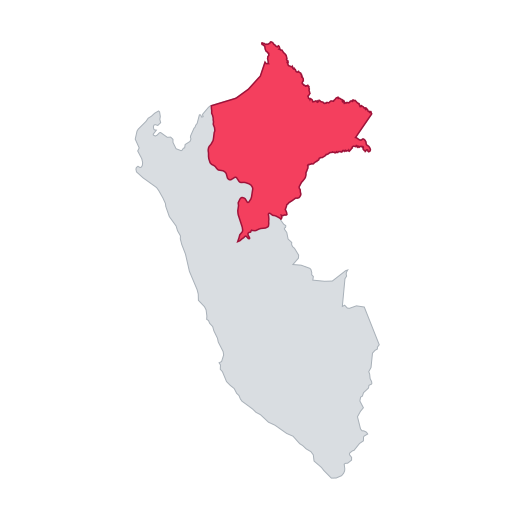 Loreto on a map of Peru (Robinson projection), rotated 5°
{"feature_id": "PER-585", "entity_name": "Loreto", "entity_type": "Department", "adm_level": 1, "iso_a3": "PER", "parent_name": "Peru", "parent_adm1": "", "projection": "robinson", "projection_center": [-73.566, -4.337], "detail": "fine", "context": "in_parent", "style": "filled", "palette": "rose", "viewbox_px": 512, "rotation_deg": 5, "n_neighbors": 0, "source": "natural_earth", "source_scale": "10m", "svg_char_len": 9551}
<svg xmlns="http://www.w3.org/2000/svg" viewBox="0 0 512 512"><g transform="rotate(5 256 256)"><path d="M360.7,139.9L360.5,141.4L358.9,142.2L357.3,141.1L355.0,141.4L351.6,137.9L343.4,138.4L339.8,142.6L334.4,143.5L328.5,145.4L321.8,146.2L311.3,152.8L308.9,155.5L304.1,159.4L300.2,160.7L298.3,172.7L294.5,179.7L293.0,183.6L295.1,189.3L295.0,192.2L292.9,194.5L291.2,194.7L287.6,197.2L282.2,202.5L281.3,206.6L283.0,212.0L282.4,212.6L278.0,213.6L278.1,216.6L277.2,217.8L280.9,222.0L283.0,223.1L283.1,224.2L282.8,225.2L281.9,225.7L281.9,226.7L284.6,229.9L286.5,236.3L290.4,239.4L290.5,241.5L291.6,243.5L293.7,245.0L298.4,251.4L298.5,254.4L293.5,261.3L301.7,261.2L310.7,263.6L311.9,264.7L313.0,267.7L313.1,269.8L314.9,271.4L314.7,275.1L326.6,275.2L334.2,274.3L346.6,262.8L348.6,261.9L347.5,264.3L347.4,266.2L348.0,268.1L346.6,270.9L346.4,298.7L348.6,297.3L351.5,299.9L353.6,300.0L360.4,296.9L368.3,297.4L386.5,333.7L384.9,336.2L385.0,338.1L382.8,339.6L380.5,342.6L380.3,357.0L378.4,361.4L379.5,363.7L380.4,368.3L382.1,371.0L382.5,372.8L382.3,373.5L379.8,375.0L379.6,377.7L375.0,382.8L374.2,386.3L372.5,387.5L372.1,391.4L376.2,397.8L373.6,401.6L371.1,407.3L375.2,419.2L376.9,420.9L378.7,420.8L381.4,421.9L382.8,423.6L379.5,425.9L378.9,426.9L379.1,430.8L375.5,433.7L370.5,441.2L369.2,441.6L366.7,443.9L366.3,445.0L366.7,446.1L368.8,448.3L369.0,451.0L365.4,454.4L363.0,454.8L362.0,455.7L363.0,460.3L363.0,462.4L362.2,464.8L360.4,467.4L355.2,470.2L350.4,470.7L342.3,463.8L339.7,461.0L331.7,455.2L330.4,449.1L327.7,446.1L322.8,443.8L318.9,440.7L315.9,439.2L308.6,432.3L302.0,430.1L289.6,422.9L282.9,420.5L274.3,413.7L269.7,411.8L265.9,408.7L254.7,401.9L252.9,399.8L251.2,396.5L248.7,394.5L245.8,389.9L241.7,387.2L237.6,383.7L232.6,374.1L230.3,372.0L230.1,367.6L228.5,365.6L230.9,364.2L232.4,357.5L231.6,354.1L225.9,345.0L224.8,341.3L220.6,334.3L219.0,330.1L215.7,327.1L214.3,324.4L212.4,323.4L212.3,320.1L211.0,314.1L209.1,311.0L202.5,305.2L201.8,299.0L200.3,294.7L191.0,277.1L185.6,260.3L181.0,250.9L179.1,245.5L179.0,242.6L175.6,237.6L173.8,233.1L166.2,224.3L161.8,214.5L161.2,211.6L158.2,206.3L153.4,199.3L151.0,196.5L136.5,187.9L129.6,182.6L128.8,179.9L129.1,178.3L130.6,176.9L132.7,178.0L134.0,177.5L134.9,175.6L134.9,172.7L133.7,169.0L129.0,161.7L130.2,158.5L125.5,150.1L126.6,141.9L127.6,139.9L134.6,131.6L136.6,128.1L139.6,125.9L142.6,122.6L146.3,120.0L147.4,120.9L148.5,125.3L148.3,128.3L149.4,131.5L146.8,134.5L144.0,133.9L142.9,134.6L142.5,136.0L143.0,138.3L143.7,139.2L145.8,139.3L143.0,143.6L143.2,144.5L145.2,145.3L147.0,144.2L149.0,141.7L150.2,141.3L157.3,145.5L160.6,145.0L163.1,147.0L163.4,150.1L167.0,156.1L172.2,157.6L173.1,157.1L174.3,154.9L175.5,154.5L175.7,151.1L180.3,147.6L181.0,145.1L180.3,143.4L180.4,142.0L183.1,134.1L183.9,133.3L184.7,130.7L185.8,129.1L187.3,120.3L188.6,120.3L189.8,122.4L191.2,121.8L190.4,119.9L190.7,119.1L195.7,112.0L197.3,110.5L221.8,100.7L234.0,90.6L244.7,76.5L248.0,62.3L249.3,63.3L251.3,62.9L250.6,57.2L251.1,54.4L251.0,53.6L247.7,50.2L246.3,46.4L243.4,44.3L243.5,43.5L246.6,44.3L249.4,43.9L251.8,41.6L253.6,41.8L257.6,45.0L260.6,45.3L261.6,47.6L264.4,49.3L268.5,54.2L270.4,59.6L270.3,60.5L272.1,63.4L276.1,64.7L280.0,68.7L284.2,69.9L286.0,73.5L287.1,74.6L287.7,76.6L287.0,79.0L287.6,80.3L290.7,82.4L293.3,82.5L293.8,83.5L295.3,89.4L294.3,92.4L294.7,94.0L298.1,95.5L299.1,96.7L301.8,97.0L305.7,95.7L310.4,97.5L314.1,96.9L315.8,96.4L317.5,95.1L318.9,95.1L322.7,91.4L323.7,91.1L327.7,92.7L331.1,95.3L335.2,94.8L337.0,93.2L340.0,92.3L345.4,95.5L346.6,97.0L348.1,97.3L353.9,100.4L354.9,101.7L358.0,102.9L358.6,103.9L358.5,105.1L344.8,129.3L349.0,131.2L352.9,130.0L355.0,131.6L356.5,135.6L359.6,138.2L360.7,139.9Z" fill="#d9dde1" stroke="#a8b0b8" stroke-width="1"/><path d="M252.2,41.3L254.0,41.9L255.4,43.7L256.2,43.9L257.2,45.0L257.9,45.5L259.1,45.8L259.9,44.7L260.1,44.6L260.9,45.5L261.6,47.1L260.8,47.9L262.3,48.3L263.0,48.9L263.9,48.6L265.6,50.9L267.4,52.2L268.1,53.2L268.5,53.3L268.7,54.0L269.6,56.5L269.2,57.1L269.2,57.5L270.1,58.7L270.9,59.0L270.8,59.4L271.2,60.2L271.1,60.5L270.2,60.5L270.9,61.6L271.2,62.7L271.7,63.4L272.2,63.7L273.5,64.0L274.7,64.5L275.3,64.5L275.6,63.8L275.8,64.1L276.4,65.9L276.9,66.2L277.6,65.6L277.8,66.0L277.6,66.6L277.9,66.7L278.5,66.6L278.9,66.7L279.7,68.5L280.2,69.0L281.3,69.3L281.6,69.1L282.0,68.5L282.3,68.3L282.7,69.1L284.7,70.0L285.1,71.2L285.5,71.2L285.7,72.3L286.3,72.8L285.8,73.5L286.0,73.8L286.8,74.2L287.6,75.3L287.9,77.5L287.4,77.8L287.2,78.2L286.9,79.8L287.3,80.4L288.7,81.3L288.8,81.8L289.9,81.9L290.6,82.6L290.9,82.6L291.4,82.0L292.4,82.1L292.6,81.4L292.8,81.4L293.3,82.2L293.9,82.5L294.1,82.8L293.9,83.7L294.6,85.0L294.4,85.8L294.4,86.5L294.9,87.4L295.3,88.9L295.6,89.2L294.8,90.9L293.9,91.9L293.8,92.5L294.5,93.5L294.6,94.4L295.9,94.9L296.2,95.6L296.7,94.5L298.2,95.4L298.5,95.8L298.9,96.9L299.2,97.5L300.6,97.1L301.9,96.3L302.8,96.9L303.0,96.4L303.4,96.1L303.9,97.4L304.5,97.0L305.3,95.3L306.0,95.6L306.9,96.5L309.5,97.0L310.0,97.7L310.8,98.1L312.7,97.6L312.8,97.0L313.4,96.8L315.0,97.1L315.3,97.0L316.8,95.2L317.3,95.0L319.7,95.1L319.9,94.8L320.0,94.3L321.1,93.2L322.0,91.7L323.9,90.6L324.0,90.7L324.0,91.5L324.2,91.9L325.3,91.5L325.7,91.6L327.0,92.4L328.2,92.7L328.4,92.9L328.5,93.4L328.5,94.3L328.7,94.7L329.0,94.9L329.4,93.7L329.6,93.4L329.9,93.5L330.8,95.1L330.4,95.8L330.6,96.3L331.3,96.1L332.8,95.3L332.9,95.6L334.1,95.1L335.0,95.4L335.9,94.8L336.3,93.7L336.8,93.4L337.7,93.3L338.2,93.6L338.7,93.7L338.9,93.6L338.6,92.4L338.9,92.1L339.5,92.1L340.8,92.7L341.3,92.4L343.7,94.7L345.4,95.2L345.5,96.2L346.3,96.8L346.6,98.1L347.6,98.0L347.7,97.3L348.0,97.0L348.9,97.7L350.0,98.1L350.8,99.2L351.7,98.9L352.6,98.9L352.9,99.1L352.8,99.6L352.2,100.0L352.4,100.6L353.1,100.5L353.9,100.0L354.3,100.3L355.1,102.1L355.5,102.3L356.2,102.0L356.6,102.4L356.7,103.1L356.9,103.2L357.8,102.1L358.0,102.3L358.4,103.7L358.9,104.3L344.8,129.3L345.7,129.4L348.7,131.2L349.8,131.5L350.4,131.5L350.9,131.3L352.2,130.1L352.7,130.1L353.5,130.4L354.3,131.0L355.5,132.6L356.1,135.1L356.6,135.7L358.7,136.9L359.7,138.0L360.7,139.9L360.7,140.6L360.2,141.8L359.2,142.4L358.4,141.8L358.0,140.6L357.1,140.5L356.7,140.7L356.1,142.0L355.7,142.4L355.2,141.5L354.6,141.4L353.4,140.2L353.5,138.4L353.1,137.7L352.9,137.6L352.5,138.3L351.7,137.7L351.1,137.5L350.4,137.8L349.3,138.7L349.1,138.5L348.9,137.8L348.6,137.7L348.3,137.9L347.9,138.9L346.9,138.3L346.9,137.2L346.6,137.1L346.2,137.2L345.6,138.4L343.9,138.0L342.7,138.6L342.4,139.2L342.5,140.0L341.9,140.3L341.4,141.4L339.9,143.4L339.2,142.5L339.1,143.1L338.7,143.4L337.6,142.9L337.1,143.1L336.6,143.8L336.1,143.6L335.8,142.9L335.4,143.1L334.8,144.0L334.3,143.3L333.8,143.2L333.3,143.3L333.0,143.6L333.0,144.4L332.7,144.7L332.4,144.6L331.8,145.1L331.3,144.6L329.4,144.7L328.8,144.9L328.4,145.8L327.4,145.7L326.5,146.1L326.6,145.6L325.9,146.2L325.5,146.3L324.8,145.7L324.0,146.0L323.0,145.6L322.7,146.2L320.5,146.5L319.0,148.0L318.4,148.3L317.8,148.7L317.1,148.6L316.3,150.0L313.4,152.2L311.7,152.3L311.4,152.7L310.6,153.0L310.4,153.3L310.2,154.5L310.0,154.9L309.2,155.5L308.7,155.5L308.3,156.6L307.3,156.8L306.4,157.7L305.9,158.1L305.2,159.2L303.9,159.3L303.1,159.1L302.6,159.7L301.4,160.1L300.9,160.0L300.8,160.5L299.6,160.9L299.5,161.3L300.0,162.4L300.0,164.2L299.5,165.2L299.2,166.6L298.4,168.8L298.7,170.9L298.4,173.1L297.9,174.4L295.7,177.7L295.0,178.4L293.0,183.1L293.0,184.2L293.2,184.7L294.2,186.0L294.3,186.4L294.7,188.8L295.3,190.4L295.2,191.5L294.3,193.4L293.8,194.1L292.1,194.8L290.7,194.8L290.2,195.0L287.3,197.6L284.0,200.0L283.3,201.2L282.2,202.1L282.0,203.8L281.1,207.1L282.7,210.0L283.2,211.9L282.9,212.3L282.2,212.6L280.8,212.6L279.3,213.5L277.6,213.1L278.4,215.2L278.1,216.5L277.8,217.0L277.5,217.1L276.8,216.4L275.8,215.9L272.5,214.5L270.9,214.1L269.4,214.1L268.5,213.7L266.5,212.4L265.7,212.2L265.1,212.4L264.7,213.2L264.7,213.7L265.1,215.0L265.6,218.2L265.6,220.5L265.9,222.6L265.8,225.1L265.2,226.0L263.0,227.3L258.3,228.2L256.6,228.9L253.8,230.6L252.8,230.9L250.2,230.9L249.4,230.6L249.1,230.9L248.5,232.7L247.0,233.1L246.4,233.7L246.1,234.1L246.1,235.0L246.3,235.9L247.9,238.2L248.1,238.9L248.0,239.2L247.7,239.4L246.8,239.3L244.8,237.4L244.1,237.1L243.7,237.2L243.3,237.4L242.1,238.9L240.7,240.0L238.6,242.2L236.5,243.3L237.5,239.2L238.0,236.3L240.3,233.0L240.5,231.6L239.8,228.5L234.7,216.5L234.3,214.9L233.9,212.4L234.2,207.3L233.6,204.6L235.0,200.8L235.7,199.7L236.4,199.1L237.2,198.9L239.1,199.3L240.2,199.9L242.7,203.2L243.3,203.4L244.1,203.0L245.9,199.7L246.4,197.5L246.9,189.6L246.8,188.7L246.1,187.3L244.7,185.7L242.7,184.7L239.1,183.8L237.7,183.7L234.6,184.1L233.4,183.8L232.6,183.2L230.0,179.9L229.4,179.4L228.6,179.3L228.0,179.5L224.4,182.2L223.4,182.4L222.4,182.2L221.4,181.5L220.7,180.7L219.2,176.6L218.6,175.8L217.6,174.9L215.9,174.0L211.0,173.6L210.2,173.1L209.1,172.1L207.6,170.4L206.3,169.6L203.8,168.6L202.4,167.4L202.0,166.8L200.5,163.2L200.0,160.9L199.7,157.6L199.2,155.4L199.1,154.3L199.3,152.3L199.8,150.9L201.4,148.7L203.2,144.7L203.4,142.3L203.6,136.7L204.1,134.9L203.5,131.7L202.0,128.8L201.9,127.8L202.0,126.1L201.5,124.3L201.3,122.2L200.5,119.7L199.4,117.7L199.2,115.0L198.7,112.7L198.4,110.2L221.6,100.9L222.9,100.1L233.9,90.5L243.0,78.5L244.6,76.6L248.1,62.1L249.3,63.5L251.8,63.3L251.3,62.5L251.3,61.6L250.3,58.1L250.5,57.2L250.4,56.3L251.2,55.2L251.1,53.3L250.9,52.9L250.5,53.0L249.3,51.6L248.7,51.5L248.1,51.0L247.1,49.1L246.5,46.4L246.2,46.1L245.2,45.5L244.5,44.9L243.7,44.8L243.3,44.1L243.3,43.2L243.6,43.1L244.7,43.5L245.6,43.5L247.1,44.4L247.6,44.4L248.2,44.0L249.4,44.1L251.3,42.7L251.5,42.4L251.7,41.6L252.2,41.3Z" fill="#f43f5e" stroke="#9f1239" stroke-width="1.5"/></g></svg>